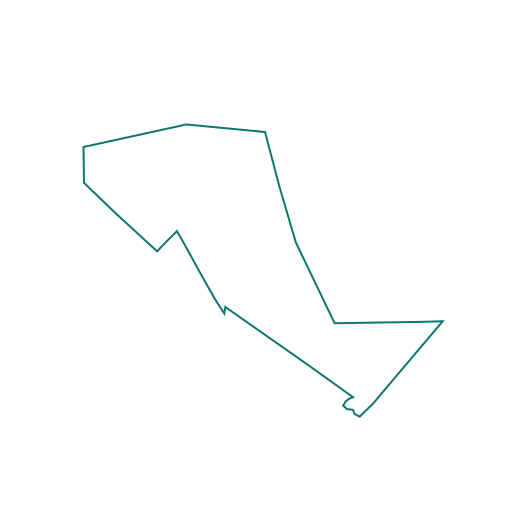 Olho d'Água das Flores, Alagoas, Brazil, rotated 18°
{"feature_id": "56859067B45898095484445", "entity_name": "Olho d'Água das Flores", "entity_type": "district", "adm_level": 2, "iso_a3": "BRA", "parent_name": "Brazil", "parent_adm1": "Alagoas", "projection": "albers", "projection_center": [-37.25, -9.536], "detail": "fine", "context": "isolated", "style": "outline", "palette": "teal", "viewbox_px": 512, "rotation_deg": 18, "n_neighbors": 0, "source": "geoboundaries", "source_scale": "gbopen_adm2", "svg_char_len": 676}
<svg xmlns="http://www.w3.org/2000/svg" viewBox="0 0 512 512"><g transform="rotate(18 256 256)"><path d="M69.8,239.6L107.4,257.8L111.6,259.8L160.5,282.1L163.3,276.3L166.4,269.8L170.7,261.6L173.1,256.7L184.5,267.1L209.5,290.6L230.4,309.8L243.6,320.5L242.6,314.0L331.4,341.2L339.2,343.6L391.9,360.3L388.5,363.2L386.1,366.8L385.1,371.4L389.9,373.5L395.7,372.3L398.7,375.8L404.2,376.7L413.0,360.1L418.9,345.5L453.7,260.4L428.0,269.5L392.5,281.6L373.7,288.1L364.7,291.2L351.5,295.6L289.8,230.9L257.1,183.2L226.3,135.3L192.4,142.8L177.1,146.2L148.8,152.5L142.4,156.4L114.1,172.9L58.3,205.6L60.8,213.0L62.6,218.4L69.8,239.6Z" fill="none" stroke="#0f766e" stroke-width="2"/></g></svg>